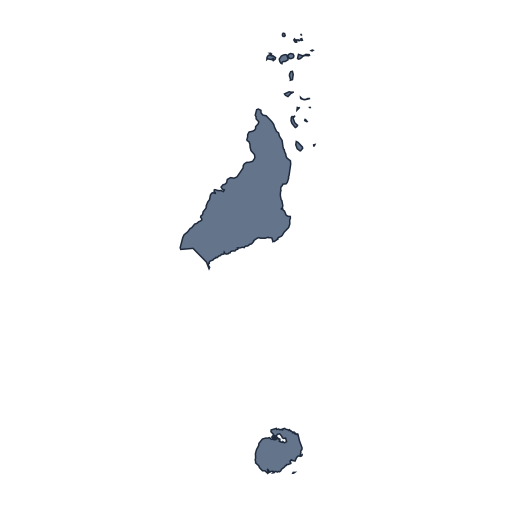 Biak Numfor, Papua, Indonesia (Albers equal-area conic projection), rotated 265°
{"feature_id": "22746128B19254678251292", "entity_name": "Biak Numfor", "entity_type": "district", "adm_level": 2, "iso_a3": "IDN", "parent_name": "Indonesia", "parent_adm1": "Papua", "projection": "albers", "projection_center": [135.909, -1.013], "detail": "fine", "context": "isolated", "style": "filled", "palette": "slate", "viewbox_px": 512, "rotation_deg": 265, "n_neighbors": 0, "source": "geoboundaries", "source_scale": "gbopen_adm2", "svg_char_len": 6054}
<svg xmlns="http://www.w3.org/2000/svg" viewBox="0 0 512 512"><g transform="rotate(265 256 256)"><path d="M247.4,208.1L248.7,208.8L251.0,207.7L252.0,207.8L252.7,208.8L253.7,208.7L254.9,209.8L255.8,212.9L256.9,213.9L257.5,215.7L258.1,215.9L257.8,217.3L259.3,218.9L259.3,220.2L260.7,222.0L260.5,223.0L260.9,224.3L262.5,224.7L261.0,225.4L260.5,226.8L260.7,228.7L261.3,229.2L261.4,230.5L262.6,231.1L263.1,232.8L262.8,235.4L264.2,237.0L264.3,238.4L265.1,238.8L265.7,238.5L265.4,240.6L265.9,243.1L265.4,245.1L266.4,245.7L266.8,246.7L266.6,248.1L267.2,249.7L268.0,250.3L268.5,252.7L270.7,255.0L271.5,255.0L273.7,258.9L274.1,260.4L273.4,261.8L272.9,266.6L273.6,269.7L273.1,270.2L272.9,272.5L272.4,273.4L268.8,274.1L269.1,274.7L268.8,275.4L271.0,279.3L271.5,279.0L272.3,279.7L273.6,283.1L274.4,284.0L277.2,286.0L281.5,291.0L285.0,292.5L288.9,292.7L290.7,293.6L292.4,293.6L292.8,291.2L294.2,289.5L298.3,288.3L299.2,287.1L300.8,286.7L300.3,285.7L300.6,285.3L301.1,285.4L301.4,286.4L303.8,287.1L308.9,286.6L310.0,285.9L314.2,285.5L317.8,286.0L318.9,286.6L320.4,286.4L322.6,286.9L323.9,288.4L325.2,288.9L325.3,292.3L326.7,293.6L330.9,295.4L331.9,295.2L333.2,295.9L344.6,298.6L347.8,298.6L351.0,295.3L353.3,294.5L354.7,294.6L357.4,293.6L359.5,293.4L360.3,292.7L360.9,292.6L361.3,293.1L361.2,292.6L362.4,292.4L368.8,292.1L373.2,289.8L376.6,289.2L378.3,287.3L383.0,285.6L385.6,285.1L388.4,283.5L394.8,278.4L395.8,275.1L398.2,273.5L400.7,273.6L402.2,271.1L401.7,269.4L396.3,267.5L394.7,268.2L392.6,268.1L389.5,270.4L387.7,269.9L384.9,266.9L383.0,266.7L381.5,265.6L380.6,263.5L380.1,259.9L377.7,258.3L375.1,258.0L372.6,257.0L371.8,257.2L370.5,258.9L368.0,259.7L365.0,259.6L361.4,260.2L357.2,263.3L354.6,263.5L353.3,263.1L350.6,260.9L349.9,257.0L350.1,254.7L348.6,252.2L347.2,251.2L344.8,250.8L336.5,244.0L335.4,241.0L336.3,237.5L334.8,234.1L331.4,233.0L330.1,231.1L329.9,229.4L327.7,227.2L325.4,228.4L324.7,230.2L323.0,229.2L324.4,226.6L324.2,226.1L324.6,223.6L325.7,220.9L325.5,220.2L323.8,219.9L322.7,220.9L322.0,220.9L322.8,218.2L322.3,217.2L320.7,215.9L316.2,214.6L314.1,212.7L310.2,210.7L309.8,211.0L307.8,210.2L304.7,207.2L301.9,206.4L300.6,204.5L299.5,204.2L298.0,205.1L296.7,205.2L295.6,203.6L295.1,201.8L293.7,200.1L293.1,197.6L289.9,194.6L289.0,192.7L286.0,190.0L283.4,186.2L280.6,184.6L270.9,181.2L269.1,181.6L269.1,193.9L254.3,206.1L247.4,208.1ZM53.1,237.4L50.5,237.8L50.0,237.5L46.8,240.4L44.7,241.1L41.5,243.7L41.2,246.2L38.4,248.8L39.1,249.5L42.1,248.8L42.4,249.1L39.4,250.9L40.1,252.2L40.0,254.3L39.2,254.8L38.5,254.0L38.6,255.2L39.8,256.4L38.9,258.7L39.4,259.5L39.0,260.6L39.9,262.0L41.3,262.8L43.3,266.0L44.4,266.8L44.6,267.8L45.6,268.3L45.4,269.6L46.3,272.6L46.7,272.8L48.2,271.9L49.4,272.6L49.2,273.5L50.2,273.0L49.1,274.6L48.3,277.0L51.7,278.9L52.9,280.3L53.1,281.1L52.5,283.2L53.2,284.4L54.0,284.6L53.5,283.3L54.5,282.8L56.1,283.6L57.5,283.5L58.6,284.1L59.0,284.8L60.7,285.2L68.1,283.2L74.9,282.2L75.1,281.7L74.0,281.1L75.0,281.3L74.9,280.5L75.9,280.0L75.4,279.4L76.9,278.7L76.7,278.1L77.2,278.2L76.9,277.2L77.5,277.2L77.8,276.3L78.7,275.7L78.6,275.1L80.0,274.3L79.4,273.5L80.0,273.1L80.9,270.3L81.8,269.6L81.5,267.8L80.6,267.6L80.5,267.3L80.9,267.4L81.1,266.4L80.8,264.5L81.7,263.6L81.3,261.6L82.5,261.3L81.4,255.9L79.6,255.6L77.0,257.7L76.4,257.7L75.2,259.2L75.0,260.6L76.5,261.8L76.8,264.1L74.1,266.0L72.6,266.4L71.8,267.6L72.0,269.6L68.4,270.3L67.4,268.0L68.8,266.6L68.1,266.2L68.2,265.2L67.7,264.9L68.5,265.0L69.3,263.1L70.0,263.6L71.0,263.1L70.9,263.8L71.5,263.8L72.4,262.2L71.3,259.2L71.4,258.0L72.0,256.7L72.0,255.3L73.9,253.5L73.5,251.8L73.8,250.0L73.1,246.4L69.1,242.6L66.8,242.1L63.2,239.7L59.1,238.2L54.7,238.0L53.1,237.4ZM453.0,298.7L450.1,296.3L447.6,296.7L445.8,297.7L445.3,298.6L446.9,299.1L447.4,300.7L447.2,302.0L448.7,305.0L449.9,305.1L453.5,304.1L454.0,303.3L453.9,301.1L453.0,298.7ZM366.6,306.1L363.3,305.3L359.3,306.4L356.9,309.0L356.9,309.6L359.2,311.9L360.6,311.7L365.6,307.7L366.6,306.1ZM387.7,302.7L385.1,303.3L380.8,306.1L380.5,306.6L381.6,308.2L382.6,308.8L385.2,306.3L390.0,304.9L392.3,307.1L391.5,305.7L391.8,304.0L390.8,303.2L387.7,302.7ZM453.0,284.3L450.8,283.9L451.4,284.7L450.1,289.4L450.9,289.3L451.3,290.2L450.8,290.4L450.1,289.7L449.1,290.2L450.5,292.3L451.9,292.8L454.1,290.2L453.8,289.6L454.4,288.1L455.0,288.5L455.3,288.1L454.8,285.8L453.0,284.3ZM432.6,305.0L429.0,305.8L428.1,305.5L428.5,307.7L433.7,308.9L436.8,308.4L436.6,306.7L434.3,305.3L432.6,305.0ZM451.6,305.3L449.6,307.0L449.6,308.3L450.4,310.6L452.0,311.2L453.9,310.6L454.7,308.0L453.9,306.0L453.1,305.4L451.6,305.3ZM416.7,303.3L415.0,298.5L413.6,299.3L412.0,301.7L414.8,304.8L416.1,307.9L416.0,305.8L416.7,303.3ZM449.2,314.6L448.4,315.4L448.6,316.9L449.9,319.1L450.7,319.6L451.4,321.9L451.8,322.0L451.4,319.9L453.2,315.9L449.2,314.6ZM472.9,304.3L475.1,303.9L475.6,302.5L474.7,301.7L473.2,301.6L472.4,302.1L472.2,303.3L472.9,304.3ZM467.9,312.5L465.9,313.4L465.4,314.4L465.5,315.2L467.0,315.3L467.3,314.3L468.9,313.3L467.9,312.5ZM73.4,259.5L73.0,258.6L71.9,259.6L72.7,261.7L73.4,261.6L74.1,260.5L74.2,259.4L73.4,259.5ZM74.6,259.1L75.5,257.3L74.8,256.3L74.0,256.3L73.3,258.6L74.6,259.1ZM452.0,326.5L452.5,323.3L452.1,322.4L451.5,322.1L450.9,326.0L451.3,326.8L452.0,326.5ZM410.2,314.2L409.2,314.2L408.6,314.8L407.5,317.5L407.4,318.4L408.2,323.6L408.4,321.4L407.6,318.9L407.9,317.0L408.6,315.6L410.2,314.2ZM400.4,310.1L397.7,309.5L400.2,312.5L399.9,311.2L400.4,310.1ZM385.5,318.7L387.7,317.2L387.8,316.7L386.7,316.3L385.4,318.2L385.5,318.7ZM468.6,320.5L468.3,319.4L466.8,320.0L466.9,321.0L468.6,320.5ZM71.9,259.2L72.6,258.5L73.2,256.6L72.0,257.5L71.5,259.1L71.9,259.2ZM361.9,324.4L361.7,323.1L360.6,323.1L360.6,323.6L361.9,324.4ZM455.8,328.8L455.3,329.7L455.9,330.8L456.3,330.0L455.8,328.8ZM37.1,275.8L37.2,274.2L36.4,273.7L36.4,274.6L37.1,275.8ZM466.9,318.3L467.6,317.4L467.7,316.2L466.6,317.6L466.9,318.3ZM455.4,289.6L456.7,288.2L456.7,287.4L455.2,289.3L455.8,288.9L455.4,289.6ZM472.2,320.6L473.4,319.8L471.6,320.6L472.2,320.6ZM399.2,323.8L399.2,322.8L399.6,321.5L399.1,322.8L399.2,323.8Z" fill="#64748b" stroke="#1e293b" stroke-width="1.5"/></g></svg>